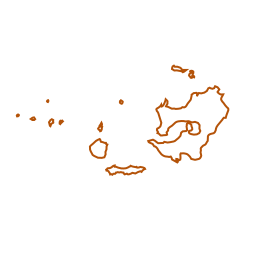 Kagoshima, Robinson projection, rotated 71°
{"feature_id": "JPN-3501", "entity_name": "Kagoshima", "entity_type": "Prefecture", "adm_level": 1, "iso_a3": "JPN", "parent_name": "Japan", "parent_adm1": "", "projection": "robinson", "projection_center": [130.414, 30.803], "detail": "fine", "context": "isolated", "style": "outline", "palette": "amber", "viewbox_px": 256, "rotation_deg": 71, "n_neighbors": 0, "source": "natural_earth", "source_scale": "10m", "svg_char_len": 5677}
<svg xmlns="http://www.w3.org/2000/svg" viewBox="0 0 256 256"><g transform="rotate(71 128 128)"><path d="M177.8,78.3L176.5,78.5L175.2,78.8L172.8,80.0L171.9,80.7L171.2,81.6L170.1,83.5L169.2,86.4L169.9,87.1L172.1,87.7L173.6,88.2L174.9,88.9L175.1,89.8L174.9,90.4L173.5,91.3L173.0,92.4L174.2,92.9L176.2,91.9L176.6,92.6L172.1,96.6L170.4,96.5L168.9,96.9L168.8,98.5L168.2,99.5L167.1,101.8L166.4,102.8L165.6,103.6L164.6,104.4L163.6,105.0L162.5,105.4L160.2,106.2L158.6,106.7L157.0,106.9L155.3,107.6L154.2,108.5L153.8,109.2L151.1,109.9L149.2,112.0L148.1,113.0L146.9,113.1L147.2,108.2L148.8,106.7L151.3,105.1L152.2,104.4L153.6,99.5L152.9,98.2L154.6,95.4L155.1,92.9L155.6,89.2L155.5,87.8L154.7,85.7L153.9,83.5L152.5,81.0L149.7,79.2L149.0,77.3L149.8,74.1L149.2,72.8L145.5,72.1L144.4,71.4L143.8,71.3L143.1,70.8L142.7,69.8L144.1,67.9L145.6,67.1L147.1,67.4L148.7,67.3L150.2,67.7L150.9,69.0L150.7,71.0L150.9,71.5L151.8,71.8L152.6,71.8L153.2,71.5L154.3,70.3L155.7,67.9L156.4,65.0L156.0,62.3L154.3,60.6L151.9,60.7L148.6,59.4L146.0,60.2L144.0,62.7L143.9,63.4L143.6,65.3L143.4,65.9L141.7,67.9L141.2,68.7L140.6,71.3L139.6,73.1L138.8,75.2L138.1,78.3L138.0,79.7L138.2,81.2L140.1,85.5L140.9,88.5L141.6,90.0L142.6,90.6L143.4,90.9L144.7,92.9L147.0,93.2L147.1,94.2L146.4,96.8L146.2,98.0L145.7,99.5L144.7,100.1L143.5,100.6L142.4,101.8L141.6,100.9L140.9,101.0L140.2,101.3L139.3,101.3L138.3,100.8L138.0,100.3L138.0,99.3L137.4,97.6L136.6,96.5L133.9,94.8L124.2,94.5L122.8,94.6L121.2,95.2L119.5,95.1L118.9,94.0L118.7,92.6L118.3,91.5L117.7,90.0L116.8,89.0L117.6,89.1L118.6,89.2L118.6,88.4L117.9,87.1L116.3,85.4L114.4,83.8L113.1,83.0L114.7,82.2L115.2,82.0L115.8,82.0L116.6,82.4L117.1,82.5L117.9,82.8L119.1,84.3L119.9,85.0L121.0,83.3L124.0,80.3L124.7,77.9L125.5,76.7L126.2,74.1L126.6,71.6L126.0,69.8L126.8,68.2L126.7,66.8L126.0,65.6L124.3,63.6L121.9,59.8L121.1,59.1L118.1,57.3L117.2,57.0L117.0,56.3L116.4,54.6L117.0,51.9L117.6,51.3L119.6,52.1L120.4,52.5L118.7,50.7L118.0,49.6L119.1,47.5L119.4,44.3L119.0,42.7L118.5,41.1L117.8,40.5L117.5,40.1L116.6,39.1L116.5,37.7L117.3,37.0L118.4,35.4L118.4,33.6L116.9,32.1L118.6,30.1L121.2,29.1L123.1,31.6L124.3,31.2L125.7,30.2L126.4,29.5L126.6,29.0L127.2,27.0L127.3,27.1L127.9,27.7L129.6,29.6L130.3,30.2L131.2,30.6L132.2,30.6L133.8,30.2L135.2,29.6L138.5,28.6L139.4,28.2L140.2,27.9L140.9,27.6L141.6,27.1L142.6,26.9L143.9,27.4L147.9,30.7L150.2,32.3L149.5,34.1L150.2,35.3L150.8,36.0L154.7,42.4L155.9,43.9L157.2,45.0L158.7,45.8L160.3,47.4L160.8,48.7L160.5,52.1L160.8,53.8L161.3,54.6L161.8,55.1L166.1,56.8L166.8,57.8L168.4,59.6L168.8,60.3L168.9,60.9L169.0,61.6L169.1,62.4L169.3,63.1L170.5,65.4L171.3,66.0L172.8,66.3L174.6,67.3L175.0,67.4L175.6,67.5L176.2,67.5L178.1,67.8L179.3,68.8L180.0,69.8L180.3,70.7L180.3,71.4L180.1,73.2L180.0,74.4L179.7,75.3L178.1,77.8L177.9,78.2L177.8,78.3ZM148.0,159.9L147.7,162.5L146.3,166.1L143.5,169.0L141.9,170.2L139.9,170.5L138.1,170.8L136.1,170.9L133.1,170.0L132.4,168.7L131.4,166.1L129.8,162.5L129.4,160.5L129.2,158.4L129.8,158.1L132.2,158.1L133.3,156.3L134.5,154.9L134.9,153.7L136.2,153.8L136.9,152.9L138.5,154.3L141.2,155.3L143.3,157.1L145.7,157.8L148.0,159.9ZM171.7,125.3L172.3,125.2L172.3,126.4L173.0,128.3L173.9,129.5L172.9,130.5L172.9,132.9L173.4,135.8L171.8,138.5L172.1,140.0L172.1,142.3L171.7,143.3L170.8,143.9L170.8,145.2L170.7,146.3L169.6,146.8L168.7,146.8L168.1,148.1L167.4,149.1L167.2,150.8L166.4,152.1L166.4,153.2L166.2,153.8L166.7,154.3L167.1,155.2L166.7,156.1L166.5,156.8L167.1,158.0L166.1,159.0L166.1,160.0L164.9,159.9L163.7,160.3L162.6,160.5L161.6,161.3L161.3,162.2L160.3,162.2L160.1,161.4L159.5,160.5L159.7,159.5L160.0,158.2L159.8,156.2L159.2,155.0L159.0,153.4L159.1,152.8L159.7,153.1L160.3,153.2L160.7,152.0L162.2,150.3L164.0,147.5L164.8,145.4L165.3,143.5L165.4,142.4L165.2,140.1L164.9,139.1L165.0,138.3L164.6,137.8L165.5,136.8L166.3,135.6L167.5,133.5L167.5,132.6L168.4,132.3L168.9,130.6L168.8,129.1L170.1,126.8L170.9,125.9L171.2,125.5L171.7,125.3ZM92.1,53.9L92.5,55.1L93.0,56.6L93.1,58.0L92.2,58.5L91.6,59.2L89.4,63.1L88.7,65.5L88.0,66.0L86.6,67.2L85.4,66.6L84.3,65.7L84.0,64.3L85.3,63.8L86.2,61.3L87.9,59.1L88.8,58.5L90.2,58.1L91.1,56.9L91.6,55.4L92.1,53.9ZM101.5,48.9L101.2,49.2L101.1,49.5L101.2,49.9L101.1,50.5L101.2,50.9L101.3,51.2L101.3,51.4L101.2,51.9L100.8,52.4L100.2,52.5L99.6,52.6L98.7,53.1L97.9,53.1L97.4,52.5L97.1,52.4L96.8,52.1L96.7,51.8L96.5,51.3L96.1,50.7L96.0,50.1L96.5,49.8L96.3,49.6L95.6,49.9L95.1,50.7L94.6,50.8L94.4,50.5L94.4,50.1L94.6,49.2L95.1,48.4L95.9,47.9L97.2,48.3L99.5,50.3L100.0,50.5L100.2,50.1L99.9,49.3L100.2,48.9L101.2,48.7L101.5,48.9ZM119.4,152.7L120.8,153.3L122.0,154.5L122.0,155.4L120.7,155.4L120.1,156.2L118.9,156.5L117.7,155.0L117.7,154.1L117.5,153.4L116.4,153.9L115.8,152.9L115.1,152.2L114.4,151.4L115.9,151.3L117.5,152.3L118.2,151.9L119.4,152.7ZM98.7,197.0L99.0,199.1L100.9,200.7L100.5,200.9L100.4,201.1L96.8,200.8L96.1,199.7L95.4,198.9L94.9,197.2L96.1,196.1L97.6,196.8L97.9,196.7L98.1,196.7L98.4,196.8L98.7,197.0ZM87.4,213.4L89.4,212.9L89.9,214.1L89.3,215.8L87.8,217.0L87.3,215.3L87.2,214.3L87.4,213.4ZM102.2,124.9L102.9,125.5L103.0,126.1L102.4,126.8L101.7,127.3L101.0,127.3L100.0,126.8L99.9,126.6L99.9,126.3L99.5,125.7L99.8,125.4L100.3,125.1L100.9,124.6L101.3,124.4L101.8,124.6L102.2,124.9ZM101.9,190.3L102.0,190.6L102.2,190.8L101.7,191.2L100.7,190.9L100.0,190.6L99.4,189.9L99.2,189.8L99.1,189.5L99.2,189.2L99.4,188.9L99.9,188.3L99.7,187.8L100.0,187.7L100.5,187.4L100.9,188.2L101.3,189.1L101.9,190.3ZM79.6,228.6L79.4,228.0L79.6,227.3L80.1,227.0L80.4,227.2L80.7,227.2L80.8,227.5L81.1,228.2L80.9,229.1L80.1,229.1L79.6,228.6ZM75.7,195.0L75.7,194.5L76.2,194.4L76.7,194.6L77.1,194.9L77.4,195.3L77.2,195.6L76.4,195.9L76.0,195.6L75.7,195.0Z" fill="none" stroke="#b45309" stroke-width="2"/></g></svg>